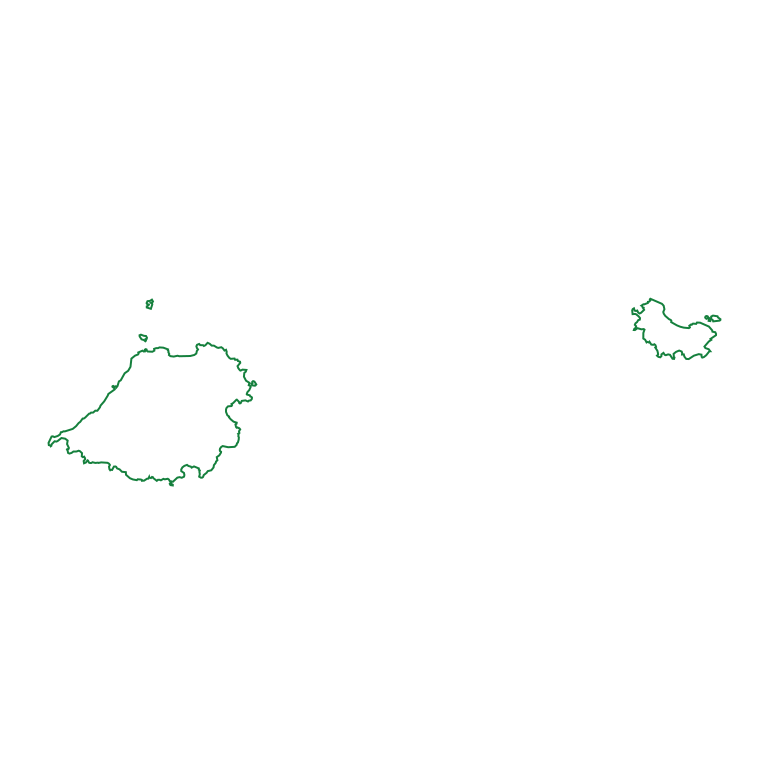 Ko Pha-Ngan, Surat Thani, Thailand, rotated 109°
{"feature_id": "78962969B87501565170923", "entity_name": "Ko Pha-Ngan", "entity_type": "district", "adm_level": 2, "iso_a3": "THA", "parent_name": "Thailand", "parent_adm1": "Surat Thani", "projection": "albers", "projection_center": [99.987, 9.896], "detail": "fine", "context": "isolated", "style": "outline", "palette": "green", "viewbox_px": 768, "rotation_deg": 109, "n_neighbors": 0, "source": "geoboundaries", "source_scale": "gbopen_adm2", "svg_char_len": 6133}
<svg xmlns="http://www.w3.org/2000/svg" viewBox="0 0 768 768"><g transform="rotate(109 384 384)"><path d="M486.9,503.1L483.8,503.3L481.6,503.9L480.9,504.7L479.0,505.1L478.6,505.7L477.4,504.8L475.9,505.7L473.7,505.2L472.9,506.5L473.1,507.3L472.7,508.3L473.3,509.1L472.8,509.9L470.6,511.3L469.6,510.5L468.5,510.7L468.6,514.0L467.3,517.4L465.9,519.8L465.2,519.9L464.6,521.9L461.8,524.3L459.4,525.1L457.9,525.1L455.9,524.2L454.5,521.0L453.4,520.8L452.6,521.7L451.1,520.4L446.9,518.4L446.7,518.1L448.0,515.4L449.1,514.7L449.3,514.0L448.8,513.3L446.3,513.0L444.6,509.7L444.8,506.9L443.7,506.3L442.9,504.7L441.1,504.1L439.7,504.5L439.3,505.3L439.3,506.4L438.4,507.2L438.6,510.1L438.3,510.5L436.2,510.5L433.6,509.4L430.1,509.1L429.4,509.7L429.2,511.5L426.7,511.6L425.8,515.5L422.7,518.8L419.0,519.7L417.3,518.7L415.5,518.7L416.5,522.5L418.0,523.9L418.0,524.6L416.5,526.9L414.8,528.3L410.8,526.8L409.8,527.4L409.8,529.6L408.7,530.5L409.6,532.7L408.6,533.6L410.1,537.1L409.7,538.7L408.1,541.2L406.4,542.9L404.8,543.2L403.1,544.5L404.3,545.7L402.7,548.1L402.2,549.8L403.8,552.4L403.9,553.7L403.1,557.3L403.8,559.4L402.7,562.0L402.5,564.2L405.5,565.5L406.7,566.7L406.2,567.7L407.1,570.4L406.3,571.8L407.8,573.5L409.4,573.7L410.9,572.6L411.9,571.1L413.7,571.7L416.3,571.4L418.3,572.8L420.6,576.3L424.4,586.6L424.5,588.4L426.5,591.7L427.2,595.0L426.6,596.8L425.4,596.9L424.2,598.2L423.0,598.5L422.4,599.5L421.6,599.5L421.5,604.5L422.5,608.2L423.7,609.4L424.2,611.0L425.6,612.8L427.2,612.0L428.9,613.5L430.2,618.0L429.8,619.1L428.7,619.7L428.6,620.6L429.4,621.3L431.0,620.7L431.5,621.8L431.1,623.2L434.2,626.6L435.1,625.9L436.2,626.2L438.2,628.6L442.2,631.1L450.3,629.3L454.8,630.2L458.3,632.7L466.2,634.1L467.9,635.5L472.7,635.3L474.4,635.9L473.5,636.9L474.4,638.2L474.0,639.4L474.4,639.9L475.0,639.9L476.1,637.1L476.7,636.8L483.2,641.4L484.8,641.4L491.5,642.9L496.7,645.0L498.5,645.0L502.6,646.3L503.2,648.3L505.7,649.7L506.4,651.7L507.6,652.3L508.1,653.2L513.0,655.6L514.5,656.7L514.8,657.7L518.7,658.9L520.3,660.0L524.1,661.4L527.8,663.7L532.7,670.3L533.1,671.7L534.2,672.6L534.8,673.8L537.2,673.9L539.4,675.6L541.5,678.4L541.3,680.1L541.9,681.2L548.9,682.0L550.9,681.0L550.8,679.2L551.3,678.8L550.7,678.4L549.4,678.7L545.4,676.8L545.1,675.0L544.3,674.1L540.1,671.4L539.5,667.6L540.5,664.7L544.0,664.1L547.1,661.1L548.3,661.2L548.7,662.3L549.3,662.4L549.7,661.6L552.0,660.3L552.2,658.8L550.9,657.0L549.0,655.7L547.9,652.7L546.5,651.0L546.5,649.7L547.7,647.0L550.8,646.2L551.2,644.8L550.3,643.9L551.5,642.5L552.5,642.1L554.6,642.9L556.6,641.8L555.3,640.3L552.7,639.5L552.8,638.9L554.4,637.3L554.4,636.2L553.9,634.9L552.9,634.2L552.6,631.2L551.5,628.9L551.6,628.3L550.2,625.9L548.5,619.7L548.9,618.0L549.8,616.8L551.7,617.1L554.0,615.8L554.7,614.8L554.0,614.3L553.8,613.1L550.0,612.5L549.4,611.0L549.5,610.3L550.7,608.9L550.8,606.2L552.3,603.2L551.4,599.4L553.8,598.4L555.8,593.6L556.0,590.4L555.4,586.4L554.3,585.9L553.5,582.9L553.5,581.8L554.3,581.4L553.5,579.4L550.7,577.2L550.2,576.0L548.3,575.8L548.9,575.4L548.8,573.7L547.4,573.1L547.4,572.1L548.0,571.7L549.5,567.3L548.2,566.6L547.6,564.8L547.7,563.6L545.5,561.7L545.5,560.2L544.0,557.6L544.4,556.2L545.5,555.0L545.2,551.8L539.8,548.9L538.6,546.9L538.5,544.7L536.7,542.9L535.0,543.1L533.2,544.2L532.4,547.3L530.8,547.9L528.5,547.5L526.4,546.1L524.6,543.9L525.2,542.2L525.0,539.7L525.7,538.7L523.8,536.8L524.1,531.6L525.4,531.2L525.7,530.0L527.1,530.0L529.2,528.8L531.8,528.6L532.2,526.5L531.6,525.3L530.7,524.8L528.8,524.8L525.7,522.8L523.8,522.3L521.8,519.2L518.4,518.0L516.1,518.4L513.2,517.4L512.0,517.6L510.4,516.7L507.6,518.3L505.1,516.5L501.9,515.8L501.1,516.0L500.8,517.2L499.9,517.8L498.4,518.0L496.5,517.4L495.2,516.3L494.5,510.7L492.0,504.7L489.5,503.5L488.0,503.7L486.9,503.1ZM235.1,90.0L229.8,86.0L228.6,86.3L227.2,87.6L227.6,90.5L226.4,91.2L223.9,95.5L223.1,105.1L224.0,108.1L225.5,108.4L226.3,111.5L227.8,112.3L227.7,113.0L229.5,114.3L230.9,113.2L231.9,113.9L233.1,118.9L233.4,122.4L233.2,126.1L232.0,132.6L230.8,132.8L230.1,133.7L229.9,135.6L228.0,140.3L226.4,142.4L225.0,143.4L222.0,143.2L218.9,145.1L217.7,147.3L216.7,159.9L217.4,160.2L218.2,159.4L219.7,160.0L220.4,161.2L221.5,160.9L224.0,163.9L224.2,164.7L226.1,166.1L226.3,165.2L227.6,164.2L227.4,163.3L228.4,163.1L229.2,162.2L233.1,164.2L234.1,165.3L233.7,166.9L232.1,168.5L232.9,169.5L233.0,170.9L231.1,172.3L232.2,173.2L233.6,173.3L237.0,171.7L236.0,169.3L236.0,168.3L237.1,165.3L238.3,163.4L239.9,163.1L240.8,164.4L243.1,164.9L244.8,166.0L246.4,166.1L247.3,164.4L249.1,164.4L250.4,165.3L251.6,165.3L251.3,164.3L248.7,162.5L248.5,158.4L247.5,156.3L247.8,155.4L251.3,155.4L256.6,153.6L257.1,151.5L259.1,149.4L258.5,149.1L258.5,147.1L257.6,146.8L259.7,144.1L259.3,142.2L258.4,141.3L258.9,140.0L260.4,138.8L261.2,139.4L263.6,136.3L265.5,135.1L267.0,134.4L268.3,135.1L269.0,133.4L268.8,131.5L267.4,130.8L265.7,131.3L263.6,129.9L265.0,128.1L265.0,126.9L263.5,125.0L263.3,123.1L266.2,119.4L265.8,117.9L264.4,118.0L264.3,118.6L261.2,120.0L258.5,118.3L256.3,115.8L256.4,113.1L257.7,112.1L259.1,111.8L258.4,110.2L260.3,108.9L261.9,106.4L261.2,104.0L256.3,100.2L253.3,96.1L252.9,93.4L254.9,92.5L255.4,91.7L254.4,90.3L251.9,88.7L247.1,87.0L246.8,86.2L245.4,88.3L245.4,91.8L244.3,93.2L238.0,90.7L235.7,88.9L235.1,90.0ZM388.8,628.9L384.2,629.0L383.5,629.4L383.2,630.8L382.2,629.6L381.2,629.3L379.8,630.9L381.6,632.3L382.7,634.6L384.8,634.8L385.5,634.0L385.5,632.2L386.3,632.3L387.8,633.6L388.9,633.2L388.8,628.9ZM217.6,93.1L214.8,87.3L214.0,86.8L213.2,87.0L212.3,89.9L211.4,90.7L212.2,95.2L213.7,96.6L216.1,95.7L216.5,94.0L217.6,93.1ZM419.1,624.0L418.6,623.1L417.4,623.2L416.1,624.7L416.6,626.6L416.5,629.9L417.5,631.0L418.6,630.5L420.7,627.8L420.6,625.3L421.3,623.6L420.5,623.2L419.1,624.0ZM427.3,505.6L427.3,505.1L426.0,504.6L423.9,507.3L423.9,508.7L425.1,509.3L426.1,508.6L427.1,509.4L428.1,508.0L427.8,506.0L427.3,505.6ZM215.3,99.2L214.6,100.1L214.8,101.4L215.6,102.0L216.7,101.9L217.4,100.4L216.4,99.3L215.3,99.2ZM548.1,554.1L549.1,553.0L548.7,550.7L548.0,550.9L547.6,552.7L546.3,553.6L548.1,554.1ZM218.6,97.6L218.3,96.0L216.7,96.4L216.0,97.5L216.8,97.9L218.6,97.6Z" fill="none" stroke="#15803d" stroke-width="2"/></g></svg>